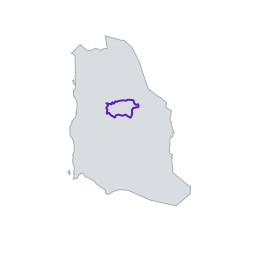 Al Quassim on a map of Saudi Arabia (Mercator projection), rotated 32°
{"feature_id": "SAU-846", "entity_name": "Al Quassim", "entity_type": "Region", "adm_level": 1, "iso_a3": "SAU", "parent_name": "Saudi Arabia", "parent_adm1": "", "projection": "mercator", "projection_center": [43.262, 25.97], "detail": "medium", "context": "in_parent", "style": "outline", "palette": "violet", "viewbox_px": 256, "rotation_deg": 32, "n_neighbors": 0, "source": "natural_earth", "source_scale": "10m", "svg_char_len": 5332}
<svg xmlns="http://www.w3.org/2000/svg" viewBox="0 0 256 256"><g transform="rotate(32 128 128)"><path d="M185.1,177.4L161.9,180.7L160.6,181.0L153.4,184.7L148.4,190.9L147.3,193.9L146.7,194.3L145.7,194.9L144.8,195.3L143.4,195.3L141.8,193.0L141.3,192.5L140.9,192.5L137.9,192.8L131.4,192.2L130.3,192.1L128.9,191.3L128.5,191.2L128.2,191.1L124.8,191.1L123.1,191.3L121.5,191.2L119.9,191.4L119.3,191.7L118.7,191.7L118.3,191.9L117.9,192.0L117.5,191.8L117.0,191.9L116.2,191.7L115.7,191.2L115.2,190.7L114.8,190.5L114.2,190.4L113.7,190.4L113.1,190.6L112.8,190.9L111.8,191.7L111.8,192.0L112.2,192.5L112.1,192.8L111.6,193.1L111.4,193.9L111.3,194.3L111.2,195.4L111.5,196.2L111.8,196.5L111.8,196.9L111.6,197.6L111.1,197.8L110.8,198.5L110.5,198.8L110.1,199.1L108.6,200.3L108.5,199.6L108.0,198.6L108.0,197.9L107.7,197.2L107.3,196.6L106.5,196.0L106.5,195.2L105.9,194.4L105.1,193.8L104.7,192.6L104.4,191.1L102.4,189.0L99.8,187.1L99.1,186.1L97.8,183.9L97.2,182.2L95.5,180.2L95.4,179.4L95.2,178.5L94.8,177.4L94.6,176.6L92.9,173.0L92.3,172.4L91.8,171.6L91.7,171.0L91.6,170.7L90.4,170.1L89.3,168.5L85.9,166.1L84.3,165.9L83.0,165.0L82.0,163.9L81.0,161.9L79.2,159.8L77.7,156.8L78.2,155.7L78.1,154.9L77.7,153.6L77.2,152.6L76.8,151.7L77.1,150.3L77.2,148.8L77.5,148.0L77.7,147.1L77.4,145.3L76.9,144.3L77.0,143.7L76.4,143.4L75.9,142.7L76.4,142.7L75.5,141.7L75.2,141.2L74.9,139.8L74.5,138.8L73.1,136.5L72.4,135.1L71.0,133.3L69.4,132.0L68.4,131.4L67.9,130.8L67.1,130.8L66.2,130.0L65.6,130.0L64.8,129.9L63.8,128.3L63.1,126.9L61.8,125.0L62.1,124.5L62.5,123.7L62.3,122.7L62.1,122.0L61.5,120.7L59.6,117.4L59.1,117.0L58.3,116.4L57.8,115.0L57.5,113.8L56.2,113.1L54.0,108.6L52.7,107.0L52.2,105.9L50.7,104.1L49.9,102.4L48.4,100.8L47.1,97.9L45.1,95.1L44.2,94.6L42.1,94.4L41.3,94.2L40.4,94.8L40.4,94.0L40.9,92.9L41.7,90.6L41.9,88.6L43.2,82.5L52.0,84.1L52.5,84.0L55.9,81.2L57.8,78.0L58.2,77.6L64.2,76.4L64.3,76.2L65.5,73.3L65.7,73.2L65.8,73.0L68.4,71.5L64.2,66.6L59.9,61.9L76.6,56.9L76.9,56.8L78.1,55.7L85.5,56.9L88.3,57.5L89.2,57.9L102.5,65.9L109.1,71.6L124.4,84.0L124.6,84.1L138.2,85.3L139.7,85.0L143.5,85.5L147.2,86.0L147.9,87.5L148.2,88.5L148.5,89.5L149.2,90.4L152.3,90.3L155.6,90.3L156.1,91.2L156.3,92.1L157.2,94.2L158.4,95.8L158.7,96.4L158.9,97.3L158.7,97.6L158.6,98.0L159.5,98.9L161.0,99.7L161.6,99.9L162.2,100.2L161.7,100.7L162.6,101.9L163.6,103.1L164.8,103.4L166.2,105.2L168.5,106.4L169.9,108.0L169.7,108.0L169.3,107.8L168.8,107.6L168.7,107.8L168.7,108.5L168.8,109.2L169.5,109.9L170.1,110.4L170.4,111.3L169.9,113.2L169.7,113.2L169.4,113.0L169.1,113.0L168.9,113.1L169.3,114.5L169.7,115.5L170.2,116.4L170.6,117.6L171.0,118.1L172.4,119.4L172.8,120.5L173.3,122.6L174.2,123.7L174.7,124.6L175.3,125.3L175.7,126.3L176.3,127.1L176.7,127.3L177.1,127.3L177.7,127.4L178.4,127.2L179.2,127.0L179.8,127.4L180.4,127.3L180.4,127.7L180.0,128.2L179.5,129.4L180.2,129.6L180.9,129.7L181.4,129.9L181.7,129.9L181.7,130.2L181.7,131.3L181.9,131.8L189.9,142.2L211.2,145.0L211.3,145.0L211.8,144.3L215.6,150.6L210.1,168.5L185.1,177.4ZM101.8,197.3L102.5,197.4L102.2,197.1L102.4,196.6L103.3,197.4L103.3,198.4L103.2,198.6L103.0,198.4L102.8,198.2L102.5,197.7L101.6,197.9L101.1,197.6L100.3,196.8L100.1,196.2L100.4,196.1L100.7,195.8L101.0,195.3L100.8,194.8L101.2,194.9L101.5,195.4L101.5,196.5L101.6,196.8L101.5,197.0L101.8,197.3ZM59.4,119.8L59.2,119.8L58.6,119.2L58.3,118.7L57.9,118.4L56.3,117.8L56.1,117.4L56.4,117.0L56.5,117.4L56.8,117.6L58.1,118.2L59.6,119.4L59.9,119.5L59.4,119.8ZM56.9,116.8L56.4,116.6L56.5,115.9L56.8,115.5L56.7,116.0L56.9,116.6L56.9,116.8Z" fill="#d9dde1" stroke="#a8b0b8" stroke-width="1"/><path d="M123.8,102.7L124.4,103.0L124.7,103.2L125.2,103.7L125.4,103.9L125.6,104.3L125.6,104.6L125.6,104.9L125.4,105.2L125.3,105.4L124.5,105.7L123.9,106.2L123.6,106.6L123.0,107.5L122.8,107.6L122.2,107.8L121.9,108.1L121.8,108.3L121.9,108.7L121.9,109.1L121.7,110.3L121.7,110.5L121.9,110.9L122.9,112.0L123.6,113.3L124.2,114.1L124.3,114.4L124.2,115.1L124.2,115.4L124.6,116.0L124.7,116.9L124.7,117.5L124.6,117.9L124.5,118.0L124.2,118.1L123.4,118.0L121.5,118.2L119.7,117.9L119.3,117.9L118.8,118.1L118.5,118.3L118.2,118.8L117.7,119.6L117.5,119.8L116.9,120.2L116.3,120.8L115.9,120.9L113.1,121.6L112.7,121.8L111.9,122.6L111.1,123.7L111.0,124.0L111.1,124.6L111.3,124.9L111.4,125.2L111.4,125.4L111.2,125.7L111.1,126.0L110.9,126.1L110.7,126.2L110.3,126.3L109.7,126.1L109.3,126.1L108.1,126.2L107.7,126.3L106.2,126.1L105.2,125.8L104.3,125.4L104.2,125.3L103.8,125.4L103.4,125.7L102.9,126.6L102.7,126.9L101.9,126.2L101.6,125.7L101.2,124.0L100.9,123.4L100.6,123.2L99.5,122.9L99.2,122.7L99.0,122.4L98.9,122.0L99.1,119.6L99.0,119.2L98.8,119.0L98.7,118.9L97.0,118.4L97.3,118.1L97.7,118.0L98.4,117.9L100.1,117.0L100.4,116.9L101.2,116.8L101.4,116.8L101.5,116.7L101.5,116.4L101.1,115.5L101.0,115.3L101.0,115.1L101.1,114.9L101.2,114.7L101.4,114.5L101.6,114.4L101.8,114.4L102.7,114.7L102.9,114.7L103.1,114.7L103.2,114.2L103.1,113.4L103.1,113.0L103.2,112.4L103.4,112.0L103.5,111.9L104.3,111.8L104.7,111.7L104.9,111.6L105.0,111.4L105.2,110.9L105.4,110.5L106.4,109.4L108.6,107.6L109.6,106.9L111.5,106.1L111.8,105.9L112.1,105.5L112.4,104.8L112.7,104.4L113.1,104.0L113.7,103.6L116.9,102.0L117.5,101.7L117.9,101.8L118.3,101.9L118.6,102.2L119.2,102.8L120.2,103.7L120.6,103.9L120.8,104.0L121.7,104.0L122.2,104.2L122.6,104.1L122.8,103.9L123.5,103.0L123.8,102.7Z" fill="none" stroke="#5b21b6" stroke-width="2"/></g></svg>